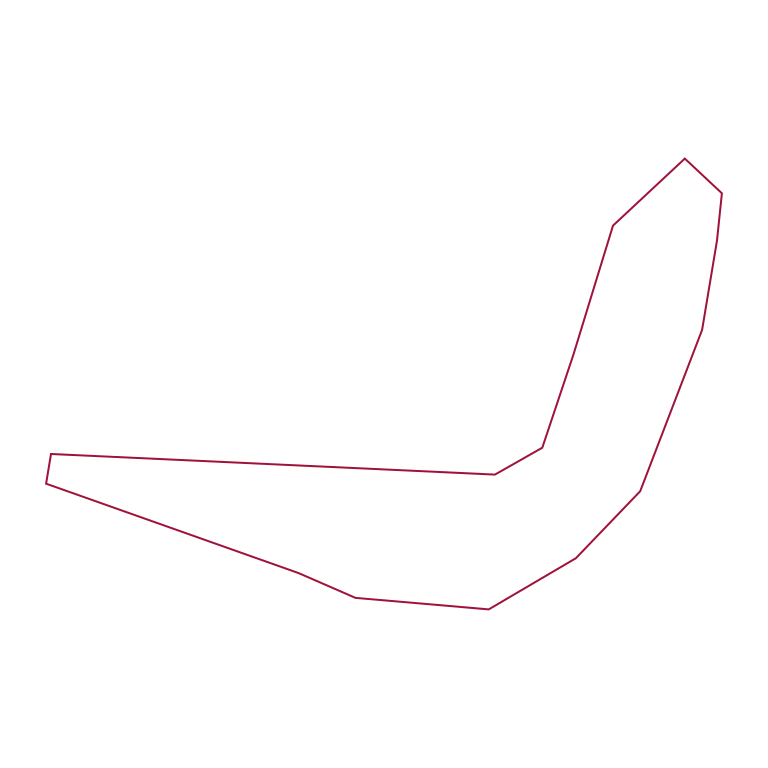 SVG path tracing the border of Malé
{"feature_id": "MDV-5234", "entity_name": "Malé", "entity_type": "Capital", "adm_level": 1, "iso_a3": "MDV", "parent_name": "Maldives", "parent_adm1": "", "projection": "albers", "projection_center": [73.515, 4.203], "detail": "fine", "context": "isolated", "style": "outline", "palette": "rose", "viewbox_px": 768, "rotation_deg": 0, "n_neighbors": 0, "source": "natural_earth", "source_scale": "10m", "svg_char_len": 317}
<svg xmlns="http://www.w3.org/2000/svg" viewBox="0 0 768 768"><path d="M684.8,158.6L721.9,193.3L717.0,240.5L702.1,329.9L640.2,491.2L575.9,558.2L488.7,609.4L355.5,597.9L298.6,573.1L46.1,483.7L51.0,454.0L494.9,474.6L542.3,447.7L573.4,354.7L613.0,225.6L684.8,158.6Z" fill="none" stroke="#9f1239" stroke-width="2"/></svg>